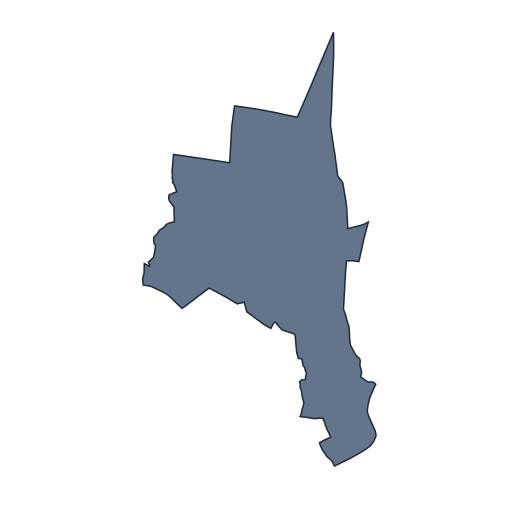 Hoc Mon, Hồ Chí Minh city, Vietnam, rotated 85°
{"feature_id": "81297802B64363050509880", "entity_name": "Hoc Mon", "entity_type": "district", "adm_level": 2, "iso_a3": "VNM", "parent_name": "Vietnam", "parent_adm1": "Hồ Chí Minh city", "projection": "mercator", "projection_center": [106.609, 10.878], "detail": "fine", "context": "isolated", "style": "filled", "palette": "slate", "viewbox_px": 512, "rotation_deg": 85, "n_neighbors": 0, "source": "geoboundaries", "source_scale": "gbopen_adm2", "svg_char_len": 4554}
<svg xmlns="http://www.w3.org/2000/svg" viewBox="0 0 512 512"><g transform="rotate(85 256 256)"><path d="M253.8,367.9L262.5,368.9L263.3,369.0L266.9,370.3L268.9,370.9L271.9,370.9L275.1,370.9L275.4,369.8L276.4,365.5L277.4,362.9L278.7,360.5L283.4,352.5L285.8,348.7L287.5,346.8L291.3,343.4L301.7,334.4L300.8,332.4L293.1,320.3L284.8,307.0L283.9,305.7L284.9,304.1L288.2,298.8L292.8,291.9L294.4,289.5L296.6,286.5L298.2,284.2L299.6,282.2L302.1,278.8L301.9,278.2L301.7,277.2L301.6,276.0L301.4,274.2L301.3,273.4L301.1,272.9L301.0,272.5L300.8,272.1L301.1,271.9L301.5,271.7L302.5,271.5L306.5,270.8L308.8,270.4L310.7,270.1L312.2,268.4L314.8,265.5L315.3,265.0L322.5,256.8L322.8,256.4L324.7,254.4L326.1,252.4L326.6,251.8L329.4,247.5L325.8,245.2L323.6,243.6L323.6,242.9L323.8,242.4L327.0,240.2L328.3,239.3L330.8,237.4L332.1,236.1L335.6,227.7L336.7,225.4L337.1,224.8L337.6,224.3L338.1,224.0L340.8,223.9L352.9,223.9L355.1,223.9L356.5,223.7L359.1,223.2L361.1,222.9L361.8,222.6L362.1,220.8L362.4,220.0L363.1,219.3L363.9,219.2L365.6,219.1L366.3,218.8L367.5,218.7L368.8,218.7L370.0,218.3L370.5,217.7L371.0,217.4L371.3,217.2L372.7,217.0L374.0,217.0L375.0,216.6L376.3,216.2L377.1,216.1L378.8,216.5L380.5,217.1L382.6,217.3L383.5,217.9L383.5,219.7L383.2,221.0L383.9,221.9L385.2,223.6L386.3,223.3L387.8,223.3L390.7,223.4L393.5,222.7L395.8,222.4L400.2,222.2L402.8,221.8L405.6,221.2L407.4,221.4L410.2,222.2L411.4,223.0L413.6,223.7L416.7,224.4L418.5,225.4L419.8,226.1L420.7,222.3L420.8,220.9L421.4,218.6L422.3,215.3L423.0,212.5L423.2,210.6L423.1,207.6L423.4,203.1L423.5,203.1L423.9,203.2L424.0,203.2L424.8,203.2L426.2,202.7L427.5,202.1L428.5,201.9L430.0,201.8L431.1,201.5L432.9,200.9L435.4,200.2L438.3,199.0L441.2,198.0L442.1,197.8L442.5,197.7L443.0,197.7L443.1,198.0L444.1,200.3L444.5,201.8L445.8,205.2L447.7,209.1L453.1,207.5L456.6,206.0L457.5,205.3L461.6,203.1L462.9,201.9L465.7,199.1L467.8,197.8L472.1,196.2L469.6,189.6L466.2,180.6L462.5,172.5L459.9,166.9L457.0,161.7L454.6,158.1L452.3,156.0L449.9,154.4L447.2,152.8L445.5,152.1L444.5,152.1L442.7,152.2L440.3,152.6L436.1,154.0L425.1,157.8L421.5,158.6L419.6,158.6L414.5,157.5L406.9,154.9L397.5,149.8L394.2,147.9L392.8,149.2L392.0,150.2L391.7,150.7L391.5,151.4L391.5,153.2L391.4,154.7L391.2,155.3L390.5,156.3L389.3,158.0L386.5,161.2L386.1,161.7L385.7,161.9L385.3,162.0L384.7,162.0L383.5,161.7L382.3,161.2L381.3,160.9L380.5,160.9L379.9,161.0L374.6,161.9L372.7,162.0L371.4,161.6L370.4,161.4L369.4,161.3L368.3,161.4L367.3,161.8L365.3,163.6L363.6,165.1L362.5,165.8L359.7,166.8L356.6,168.2L354.0,169.3L353.0,169.6L351.5,169.8L350.0,169.8L345.3,169.9L340.3,169.6L335.7,169.5L332.7,169.9L330.8,170.4L327.9,171.1L323.6,171.7L319.8,172.6L316.7,173.5L293.2,170.1L286.8,169.2L286.3,169.1L279.9,168.2L273.5,167.1L269.8,166.5L268.8,166.4L269.0,162.4L269.1,160.4L270.6,154.0L246.8,146.5L237.4,143.1L231.9,141.1L233.5,144.8L234.4,147.8L236.7,162.1L215.7,161.5L211.0,161.6L208.6,161.7L201.8,162.3L191.4,163.1L190.0,163.5L188.7,164.1L187.5,164.9L187.0,165.3L186.5,165.6L185.5,166.3L183.8,167.4L183.5,167.5L183.3,167.6L180.2,167.7L169.7,168.2L160.7,168.6L157.2,168.9L154.8,169.1L143.9,169.8L137.0,170.1L136.5,170.1L136.4,170.1L133.6,170.4L132.3,170.4L130.6,170.3L129.8,170.2L129.4,170.1L127.9,169.9L123.6,169.4L123.3,169.3L120.4,168.7L118.0,168.4L114.4,167.8L110.5,167.4L110.1,167.3L100.9,166.2L94.0,165.3L91.0,164.9L89.6,164.7L89.4,164.7L84.2,164.0L80.0,163.4L65.4,161.5L65.0,161.4L52.7,160.2L49.1,160.0L42.9,159.5L39.9,159.3L49.1,164.2L56.2,168.0L56.8,168.3L59.8,169.9L72.4,176.6L83.3,182.3L90.1,185.8L91.2,186.4L103.2,192.9L110.1,196.6L114.9,199.2L121.2,202.7L119.0,210.7L118.8,211.6L118.6,212.1L115.3,222.6L111.4,236.0L108.9,245.7L106.3,256.7L104.6,264.3L124.5,268.8L160.8,274.1L147.6,329.3L165.2,332.4L166.1,332.4L167.2,332.1L168.8,332.3L170.3,332.6L172.0,332.6L172.8,332.4L173.1,331.9L173.4,331.8L173.8,331.8L174.0,332.0L174.3,332.3L174.9,332.8L175.2,332.7L177.4,331.5L179.0,330.9L182.5,330.0L185.2,329.4L185.7,331.5L186.1,333.4L186.5,334.0L186.7,334.5L187.0,335.3L187.1,336.2L187.3,337.0L188.9,337.8L191.4,337.9L193.9,337.4L196.1,336.0L200.1,333.5L215.1,334.4L215.1,336.1L215.3,337.9L215.9,340.5L216.5,342.0L217.5,343.4L219.3,345.1L219.9,346.0L221.9,349.9L222.7,350.6L225.4,352.5L225.8,352.9L226.5,353.9L227.9,355.6L228.5,356.1L229.8,356.3L231.3,356.5L232.8,356.6L233.7,356.5L234.7,356.3L235.4,356.2L236.6,355.4L237.2,355.2L240.2,355.9L243.8,356.8L246.8,357.7L248.1,358.2L249.0,359.0L251.3,361.6L252.3,363.3L252.7,363.7L253.1,363.7L254.2,363.3L255.6,362.8L257.1,362.8L253.8,367.9Z" fill="#64748b" stroke="#1e293b" stroke-width="1.5"/></g></svg>